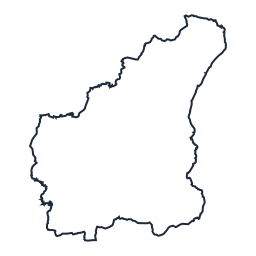 the district of Wajo, Sulawesi Selatan, Indonesia
{"feature_id": "22746128B4429389080756", "entity_name": "Wajo", "entity_type": "district", "adm_level": 2, "iso_a3": "IDN", "parent_name": "Indonesia", "parent_adm1": "Sulawesi Selatan", "projection": "albers", "projection_center": [120.188, -3.968], "detail": "fine", "context": "isolated", "style": "outline", "palette": "slate", "viewbox_px": 256, "rotation_deg": 0, "n_neighbors": 0, "source": "geoboundaries", "source_scale": "gbopen_adm2", "svg_char_len": 5747}
<svg xmlns="http://www.w3.org/2000/svg" viewBox="0 0 256 256"><path d="M199.3,218.6L199.7,216.3L200.4,215.0L200.4,213.9L201.0,213.6L202.6,211.3L203.0,206.2L204.3,203.8L204.7,201.8L204.0,198.0L203.5,196.9L202.7,196.7L202.7,195.4L202.2,193.9L201.8,193.6L202.2,192.7L202.1,191.0L201.4,190.1L199.4,189.8L198.7,189.1L198.0,189.2L197.4,188.3L196.1,187.7L195.0,186.4L192.5,185.8L191.5,184.5L192.0,184.1L192.0,182.9L190.2,178.4L189.4,177.8L187.4,178.3L186.8,177.4L187.1,173.3L188.1,173.1L188.6,172.7L188.5,172.3L189.5,171.8L193.2,165.6L193.1,163.9L194.6,163.3L195.7,162.2L196.0,159.3L195.2,158.2L196.0,157.7L196.3,156.6L195.9,154.6L195.0,153.8L195.5,152.1L195.4,151.2L195.0,150.6L196.0,149.4L196.0,148.4L196.9,148.5L197.5,147.0L196.8,145.7L195.0,144.4L194.5,144.4L193.7,142.9L193.2,142.8L192.3,139.6L191.9,138.8L191.1,139.2L190.6,137.6L191.6,137.0L193.8,134.4L194.0,133.2L193.5,132.6L194.3,132.5L194.5,132.2L194.7,129.7L194.1,128.1L191.7,125.1L190.5,122.4L189.6,118.9L188.7,117.6L188.7,116.3L190.0,112.4L190.2,111.1L190.0,110.9L191.5,105.5L191.8,102.7L191.4,100.9L192.2,100.1L195.9,92.1L195.8,91.3L197.4,87.7L197.7,85.7L199.1,86.1L201.5,83.5L203.4,78.6L205.5,75.0L205.9,73.6L205.6,73.2L206.1,73.2L209.3,67.4L210.7,66.7L211.7,63.6L214.8,59.6L218.5,55.8L222.2,52.8L224.4,49.9L225.2,49.4L225.8,47.7L225.9,45.3L225.7,43.0L224.9,42.1L224.8,38.4L224.1,35.6L224.4,33.4L223.6,32.2L224.4,31.8L224.7,29.2L224.0,28.1L221.8,27.0L222.8,26.1L222.1,26.3L221.5,27.1L221.3,26.2L221.7,26.0L221.4,25.6L221.0,25.9L221.3,27.0L220.9,26.4L221.1,27.0L219.9,26.7L218.5,25.5L217.5,25.5L216.9,23.0L215.8,21.5L215.5,20.2L214.6,20.3L214.8,20.8L214.1,21.6L214.2,21.2L213.4,21.0L213.1,20.3L211.5,19.3L210.6,19.2L209.7,19.8L209.1,19.6L208.5,19.8L206.9,18.5L204.5,18.4L197.6,17.1L196.4,16.2L193.9,16.2L193.6,15.5L191.4,15.4L188.2,16.7L185.9,15.4L184.6,16.2L186.6,20.8L186.5,22.3L187.2,24.3L187.0,25.8L181.1,29.7L179.8,31.4L179.5,33.5L177.8,36.5L176.5,36.7L174.9,39.4L170.8,40.5L169.7,39.8L167.0,39.3L165.4,40.7L164.2,41.0L162.0,40.4L160.7,38.8L158.8,38.8L158.0,38.4L155.0,35.7L153.8,35.8L153.3,37.3L151.8,38.7L151.5,39.9L150.2,42.0L147.8,43.1L145.8,43.3L145.2,43.8L145.1,45.5L144.4,45.4L143.9,48.9L143.1,51.5L141.3,53.6L141.6,54.1L141.3,54.6L139.0,57.1L138.1,59.3L137.2,59.6L136.1,59.5L127.6,57.5L125.1,58.0L123.1,58.9L123.1,59.7L122.3,59.9L121.5,61.1L122.5,61.7L122.5,62.3L123.2,62.5L123.5,63.2L122.4,64.2L122.3,65.5L124.3,66.9L124.5,67.6L121.4,69.2L121.1,70.5L121.4,72.2L121.0,73.5L119.3,74.2L120.1,77.2L119.7,78.6L119.1,79.1L117.6,79.3L116.1,80.3L115.6,82.1L115.7,83.2L116.4,84.1L116.0,84.8L113.2,86.2L112.6,85.9L112.2,85.2L111.7,86.6L110.5,87.1L110.8,86.1L109.4,86.3L108.9,85.5L109.8,85.5L109.5,83.0L106.3,82.6L106.1,83.9L103.9,84.2L102.9,83.7L101.2,84.3L100.8,85.6L99.2,85.3L99.0,86.5L98.1,85.6L96.9,87.1L95.7,86.8L95.1,87.3L94.2,87.2L93.0,88.1L92.7,88.7L92.3,88.1L90.4,87.9L90.2,90.4L89.4,91.5L87.4,92.8L87.7,95.5L87.3,97.0L88.5,98.2L85.2,107.0L85.0,108.3L83.8,109.9L79.5,113.0L78.7,114.9L78.8,115.7L78.1,116.6L75.8,117.3L73.8,116.7L72.4,116.7L73.1,113.9L72.1,112.9L70.9,113.3L71.4,114.3L71.0,114.9L70.2,114.7L69.8,113.6L69.2,113.7L68.8,114.1L68.7,114.8L67.3,114.3L65.7,115.8L62.0,116.5L61.2,116.2L61.4,115.0L60.6,114.9L59.5,116.9L56.2,117.0L56.0,117.6L55.6,116.9L53.7,116.2L53.2,117.6L49.2,116.2L48.7,114.1L45.3,115.1L40.5,115.4L40.8,115.9L40.4,116.2L41.2,116.7L40.4,118.8L39.9,119.1L40.0,121.8L38.9,124.6L38.8,126.1L36.6,128.2L36.8,133.0L36.4,134.1L33.8,137.2L32.2,139.8L30.1,146.0L32.5,149.2L33.1,154.5L35.5,158.1L35.2,159.8L35.4,160.3L34.8,161.0L36.6,162.9L32.9,166.1L32.3,167.2L31.5,169.7L31.4,171.2L31.8,172.5L31.3,174.7L31.6,174.7L31.5,175.2L31.9,175.5L31.5,176.5L32.3,178.3L34.6,178.9L34.8,179.4L34.6,179.8L35.1,180.0L35.1,180.7L35.8,180.7L36.5,180.1L36.2,179.4L36.5,178.9L37.0,179.6L37.4,179.6L37.5,180.4L38.2,181.1L40.0,181.4L40.0,182.1L41.2,183.3L41.5,183.2L41.4,182.0L42.1,182.2L42.1,182.7L42.7,182.5L42.7,183.2L41.9,184.0L42.2,185.0L43.0,184.8L43.5,185.8L44.9,185.3L44.9,185.8L45.7,186.1L45.6,186.7L46.4,186.8L46.0,188.3L46.4,188.5L46.2,189.3L45.1,191.1L44.2,191.5L43.5,193.5L41.8,194.4L41.3,195.3L40.9,197.0L41.4,197.8L42.0,197.8L42.3,198.6L41.8,199.4L41.2,199.6L42.2,200.0L42.0,201.2L42.6,201.7L43.6,201.7L43.7,202.4L43.0,202.4L42.6,203.1L42.7,203.6L43.2,203.4L43.6,203.6L42.9,204.1L43.8,204.0L44.1,204.6L44.5,203.7L44.8,203.7L44.7,204.1L45.0,204.2L45.7,203.2L48.4,203.1L48.8,204.0L48.6,204.8L49.3,205.1L50.5,203.6L50.5,202.9L49.7,203.0L50.1,202.5L49.7,202.4L49.7,201.6L50.3,201.5L50.6,201.8L50.0,201.9L50.7,202.0L52.2,204.3L51.9,205.4L51.0,206.1L51.2,207.6L50.0,210.6L48.6,211.0L47.4,212.3L47.7,215.1L48.4,217.2L48.1,217.6L48.3,219.9L47.7,221.3L48.0,223.2L47.3,223.8L47.0,225.1L47.0,227.9L48.2,229.8L53.0,230.1L55.2,230.7L55.4,231.2L55.0,232.3L55.4,233.8L56.2,235.6L57.2,236.1L60.7,235.0L62.3,233.7L67.8,233.6L71.9,232.9L73.0,234.3L73.9,234.3L75.3,233.7L76.6,233.8L77.8,233.0L80.6,232.8L84.0,231.7L84.8,232.6L84.9,234.3L84.2,236.4L84.6,237.9L84.2,239.0L85.2,240.4L88.4,240.6L93.1,240.1L95.9,240.1L95.1,235.5L96.2,232.9L95.8,231.3L97.0,226.8L97.7,226.7L99.6,227.4L101.6,227.1L105.3,228.5L109.2,227.1L112.4,225.3L113.3,223.2L114.1,219.7L116.2,219.1L117.0,218.1L117.9,218.0L119.0,216.9L119.4,218.4L120.0,218.8L122.5,218.1L123.5,218.9L125.0,219.0L127.1,219.8L128.6,219.1L131.4,219.4L132.9,220.7L134.7,220.9L138.0,223.1L147.2,223.3L149.6,222.5L151.9,224.9L151.9,227.1L152.7,229.5L152.5,231.6L153.9,233.9L154.7,234.6L156.3,234.6L158.0,235.6L158.9,235.7L161.6,234.9L163.7,233.8L167.0,230.0L168.6,227.5L170.1,226.5L173.2,225.7L175.4,227.0L176.1,227.0L180.3,224.5L182.6,223.8L188.2,224.2L191.9,221.1L193.4,221.1L193.9,220.6L193.6,219.9L193.8,219.2L196.1,217.9L196.6,218.1L196.7,217.8L197.6,217.7L198.5,218.8L199.3,218.6Z" fill="none" stroke="#1e293b" stroke-width="2"/></svg>